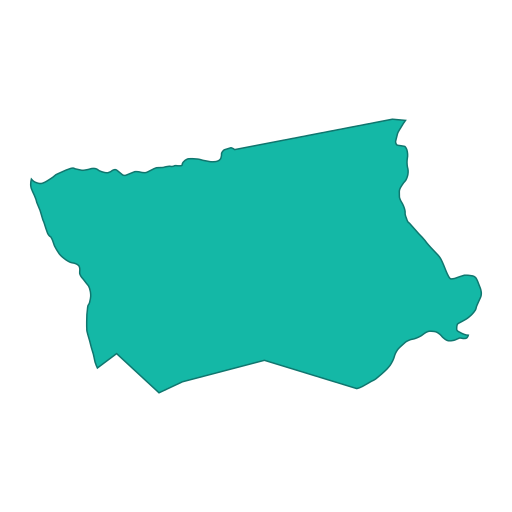 San Juan, La Paz, Honduras (Albers equal-area conic projection)
{"feature_id": "27666195B87762475019358", "entity_name": "San Juan", "entity_type": "district", "adm_level": 2, "iso_a3": "HND", "parent_name": "Honduras", "parent_adm1": "La Paz", "projection": "albers", "projection_center": [-87.732, 13.955], "detail": "fine", "context": "isolated", "style": "filled", "palette": "teal", "viewbox_px": 512, "rotation_deg": 0, "n_neighbors": 0, "source": "geoboundaries", "source_scale": "gbopen_adm2", "svg_char_len": 5985}
<svg xmlns="http://www.w3.org/2000/svg" viewBox="0 0 512 512"><path d="M405.5,120.4L392.4,119.2L234.7,149.6L233.3,148.7L232.3,148.2L231.3,147.8L230.9,147.8L230.7,147.8L224.3,149.8L223.9,150.1L223.4,150.5L222.9,151.1L222.4,151.7L221.9,152.6L221.6,153.2L221.5,154.0L221.5,155.3L221.3,156.4L221.0,157.8L220.6,158.7L220.3,159.2L220.0,159.5L219.3,160.2L218.4,160.7L217.3,161.2L215.6,161.6L214.1,161.7L212.8,161.8L210.3,161.7L202.9,160.3L199.7,159.4L198.0,159.1L196.9,159.0L192.9,158.7L190.1,158.7L188.3,158.8L187.5,159.0L186.3,159.6L185.0,160.4L184.2,161.2L183.2,162.2L182.5,163.3L182.4,163.5L182.3,164.4L182.0,165.1L181.8,165.4L181.5,165.6L180.5,165.8L179.0,165.8L177.8,165.8L175.9,165.6L175.1,165.6L174.4,165.8L173.3,166.3L172.5,166.4L171.6,166.5L170.2,166.3L169.5,166.2L168.1,166.4L166.2,166.7L164.8,167.0L163.5,167.4L162.7,167.5L159.2,167.6L157.0,167.7L156.3,167.8L155.5,168.1L154.0,168.7L147.7,171.9L146.5,172.4L145.8,172.6L144.8,172.7L143.2,172.6L142.0,172.5L140.2,172.1L138.9,171.8L136.6,171.6L135.1,171.6L134.4,171.8L126.0,175.2L125.2,175.4L124.8,175.4L124.1,175.4L123.3,175.2L122.6,174.9L117.6,170.8L116.5,170.0L115.7,169.7L115.3,169.6L114.9,169.6L114.4,169.7L113.3,170.0L112.3,170.5L110.9,171.5L110.1,171.9L108.8,172.4L108.0,172.7L107.5,172.8L107.0,172.8L106.1,172.7L105.0,172.6L102.7,172.0L101.7,171.7L99.2,170.7L98.6,170.3L97.5,169.5L96.8,169.1L95.8,168.7L94.8,168.5L93.6,168.4L91.8,168.5L90.6,168.8L88.5,169.4L86.5,169.8L84.1,170.2L83.1,170.3L82.6,170.3L81.9,170.3L80.5,170.0L75.5,168.9L75.0,168.8L74.5,168.5L73.8,168.2L73.2,168.1L72.5,168.1L71.1,168.3L69.9,168.7L66.0,170.1L63.3,171.3L57.1,174.1L55.9,174.7L53.0,177.1L51.1,178.4L47.5,180.7L45.3,182.0L44.4,182.4L43.3,182.9L42.2,183.3L41.1,183.5L40.5,183.5L39.6,183.5L38.0,183.2L36.5,182.7L34.8,182.0L33.8,181.4L33.3,181.0L32.7,180.5L31.4,179.1L31.1,180.5L30.9,181.5L30.8,182.6L30.7,184.0L30.7,185.2L30.8,186.1L31.0,187.2L31.2,188.1L31.5,188.9L32.6,191.6L34.2,195.0L35.3,197.7L36.0,199.5L36.5,201.4L36.8,202.5L40.1,210.5L42.9,219.9L43.9,222.2L45.8,228.2L47.1,231.9L47.5,233.0L47.8,233.7L48.5,234.8L49.2,235.7L49.7,236.2L50.5,236.7L50.7,236.9L51.0,237.2L51.3,237.8L51.8,238.7L52.5,240.2L54.3,245.4L54.6,246.1L56.3,249.2L57.4,251.0L59.3,253.9L60.1,254.8L60.8,255.6L62.3,257.0L64.4,258.7L66.0,259.9L68.1,261.2L69.6,262.0L70.9,262.5L72.2,262.8L74.3,263.2L75.7,263.7L76.6,264.1L77.5,264.6L78.3,265.3L78.8,265.8L79.1,266.2L79.4,266.9L79.5,267.4L79.7,268.2L79.8,269.1L79.8,270.2L79.7,271.8L79.7,272.8L79.7,273.4L79.9,274.1L80.4,275.3L81.0,276.4L81.6,277.3L83.4,279.4L86.4,283.3L88.2,285.5L88.7,286.3L89.5,288.2L90.0,290.1L90.3,291.3L90.5,292.5L90.7,294.6L90.7,296.4L90.4,298.8L89.9,301.1L89.6,302.4L89.3,303.3L88.9,304.1L88.2,305.2L87.9,305.9L87.6,307.6L87.4,309.7L86.9,314.5L86.8,318.2L86.7,321.8L86.7,326.3L86.8,328.4L86.8,329.9L87.0,331.3L87.8,334.5L88.7,337.6L89.7,341.0L91.2,347.0L92.3,350.7L93.3,354.0L94.0,357.1L94.6,360.0L95.1,362.2L95.7,363.8L96.2,365.3L97.4,368.0L116.6,353.6L159.0,392.8L182.4,381.8L264.4,360.3L356.8,388.6L358.1,388.2L359.4,387.8L362.5,386.4L370.2,382.0L371.4,381.3L373.3,380.4L374.4,379.8L375.8,378.9L378.8,376.4L381.4,374.2L384.5,371.4L387.0,369.0L388.8,366.9L390.1,365.3L391.3,363.4L392.1,361.9L392.7,360.8L393.5,359.0L394.0,357.6L394.8,355.0L395.4,353.5L396.4,351.6L397.4,350.0L398.4,348.7L400.1,347.0L402.3,345.0L405.3,342.3L406.1,341.7L407.0,341.2L408.2,340.6L410.0,339.8L411.4,339.4L413.9,338.9L414.9,338.6L416.8,337.9L418.6,337.1L419.8,336.5L421.3,335.7L422.4,334.9L424.0,333.7L424.9,333.1L425.8,332.5L427.1,331.9L427.8,331.6L428.9,331.3L429.7,331.2L430.5,331.2L432.1,331.3L434.2,331.5L435.3,331.7L436.3,332.0L437.1,332.4L438.1,333.0L439.2,333.8L440.0,334.4L441.1,335.5L442.3,336.9L442.7,337.3L444.0,338.4L445.0,339.2L446.1,339.9L446.9,340.3L447.7,340.6L448.5,340.8L449.4,340.8L450.9,340.8L452.2,340.6L453.5,340.4L454.6,340.1L455.6,339.7L458.6,338.4L459.3,338.1L459.8,338.0L460.0,338.0L461.0,338.1L463.0,338.5L464.3,338.5L465.7,338.4L466.2,338.2L466.8,337.9L467.2,337.4L467.7,336.7L468.1,335.9L468.3,335.2L467.3,335.1L466.2,335.0L465.3,334.7L464.3,334.4L461.7,333.3L460.6,332.7L458.5,331.6L457.9,331.2L457.4,330.8L457.2,330.5L456.9,330.1L456.7,329.6L456.7,329.3L456.7,328.1L456.8,326.4L457.0,325.4L457.3,324.5L457.5,324.1L457.8,323.8L458.7,323.2L461.9,321.5L466.0,319.2L467.5,318.2L468.8,317.2L471.1,315.2L471.9,314.4L473.0,313.2L474.0,312.0L474.7,311.0L475.4,310.0L475.7,309.4L476.0,308.5L476.4,306.8L476.8,305.7L478.6,301.6L480.3,297.9L480.8,296.7L481.1,295.5L481.3,293.9L481.3,292.7L481.1,291.3L480.8,289.8L480.4,288.4L478.8,284.3L477.6,281.2L476.8,279.5L476.1,278.2L475.6,277.6L474.8,276.9L473.8,276.3L472.6,275.9L470.7,275.6L468.4,275.3L466.6,275.2L464.9,275.2L464.4,275.2L463.4,275.5L459.3,276.8L455.1,278.3L454.4,278.5L452.6,278.8L451.8,278.9L450.9,278.9L450.3,278.6L449.8,278.2L449.2,277.4L448.5,276.3L447.2,273.7L445.9,270.7L443.7,265.2L442.4,262.2L441.0,259.3L440.1,257.8L439.4,256.8L438.2,255.3L436.4,253.4L430.8,247.5L428.3,244.7L426.7,242.8L424.9,240.4L423.5,238.8L422.3,237.4L418.8,233.8L409.7,223.5L409.3,223.1L408.3,222.3L407.8,221.7L407.1,220.3L406.6,218.8L405.7,216.4L405.4,215.3L405.2,214.5L405.1,213.8L405.1,213.0L405.1,211.8L405.0,210.9L404.7,209.5L404.3,208.1L403.6,206.2L402.8,204.4L402.1,203.1L401.2,201.6L400.7,200.7L400.0,199.1L399.5,197.6L399.4,196.7L399.3,191.6L399.4,190.6L399.7,189.4L400.1,188.4L400.6,187.4L401.9,185.3L403.2,183.4L403.7,182.7L405.2,181.0L405.8,180.2L406.1,179.6L406.6,178.6L407.2,177.0L407.6,175.7L407.9,174.3L408.1,172.4L408.1,170.7L407.9,169.0L407.5,167.3L407.3,166.1L407.1,164.4L407.0,162.2L407.1,160.1L407.4,157.8L407.6,156.4L407.6,155.2L407.6,154.1L407.3,151.6L407.1,150.8L406.9,149.9L406.5,148.9L406.1,148.1L405.5,147.2L405.0,146.6L404.9,146.5L404.3,146.3L400.8,145.7L397.8,145.3L397.2,145.1L396.9,144.9L396.5,144.5L396.3,144.1L396.0,143.7L395.8,143.1L395.7,142.5L395.6,141.8L395.6,141.3L395.8,140.5L397.4,134.1L397.7,133.2L397.9,132.6L399.1,130.4L401.5,126.5L403.4,123.4L405.5,120.4Z" fill="#14b8a6" stroke="#0f766e" stroke-width="1.5"/></svg>